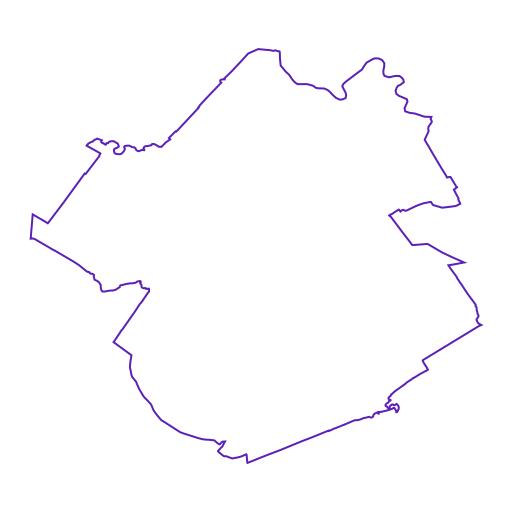 Vanatorii Mici, Giurgiu, Romania
{"feature_id": "2599482B21874534700145", "entity_name": "Vanatorii Mici", "entity_type": "district", "adm_level": 2, "iso_a3": "ROU", "parent_name": "Romania", "parent_adm1": "Giurgiu", "projection": "natural_earth1", "projection_center": [25.553, 44.495], "detail": "fine", "context": "isolated", "style": "outline", "palette": "violet", "viewbox_px": 512, "rotation_deg": 0, "n_neighbors": 0, "source": "geoboundaries", "source_scale": "gbopen_adm2", "svg_char_len": 5980}
<svg xmlns="http://www.w3.org/2000/svg" viewBox="0 0 512 512"><path d="M265.2,455.8L280.7,449.9L301.4,441.4L311.3,437.6L328.3,430.7L328.5,430.6L328.7,431.0L330.7,430.3L333.1,429.0L336.7,427.7L347.3,423.4L353.0,420.9L355.5,420.1L357.1,420.2L358.7,419.9L361.1,419.2L363.4,418.1L365.8,417.7L368.6,416.9L369.2,416.9L371.0,417.6L371.7,417.5L372.9,416.8L373.1,416.4L373.4,415.1L374.1,414.1L375.1,413.4L377.8,412.2L378.3,413.7L378.6,413.7L378.6,413.4L379.3,412.5L379.3,412.0L381.1,411.9L388.8,410.0L392.0,408.8L393.9,407.8L394.3,407.9L394.8,408.6L396.0,410.6L396.3,411.1L396.3,412.1L396.9,412.2L397.4,411.6L398.7,408.8L398.8,407.3L398.5,406.2L397.3,404.5L396.8,404.1L396.3,403.9L395.3,404.8L394.5,405.2L393.9,405.2L393.0,404.5L391.8,404.6L391.4,405.2L390.6,405.4L389.6,406.4L389.7,408.1L389.3,408.3L388.3,408.2L387.7,407.7L386.8,406.5L385.7,406.0L385.5,405.5L385.5,405.0L386.0,404.1L386.6,403.5L387.8,402.9L388.6,402.0L388.9,401.1L390.5,400.5L390.6,400.2L388.8,399.1L388.5,398.5L388.6,397.7L389.1,397.1L390.4,396.1L390.8,395.5L391.0,394.6L391.8,394.1L394.9,391.3L405.9,383.4L406.4,382.7L412.5,378.7L413.1,378.0L414.1,377.7L419.8,374.2L424.3,371.7L426.3,370.8L427.9,369.7L426.5,367.1L424.8,364.6L423.2,361.8L422.8,360.9L422.7,360.4L422.8,360.2L472.2,330.1L479.2,325.9L481.3,325.0L479.8,324.2L478.1,323.1L476.6,320.3L476.5,319.4L478.1,317.1L478.5,316.3L478.5,315.7L478.4,315.3L477.6,314.0L477.4,312.4L476.9,310.9L476.5,307.4L476.4,307.0L475.6,306.2L475.5,305.7L475.7,304.7L467.3,293.4L460.9,283.6L459.9,282.4L458.6,280.2L457.7,279.2L457.5,278.3L456.8,277.7L456.9,277.2L451.4,269.7L448.4,265.3L453.3,264.5L464.1,262.5L452.1,257.2L442.2,252.5L427.5,243.9L414.1,245.0L412.1,244.9L410.0,242.0L402.4,232.2L391.0,217.0L389.2,215.5L390.1,214.7L391.2,214.4L392.9,213.4L394.5,212.3L394.8,212.0L398.8,209.6L399.3,210.0L400.4,211.5L400.7,211.1L402.3,210.1L403.2,209.8L405.2,210.7L405.8,210.8L406.5,210.6L415.4,206.3L418.8,204.9L423.8,203.2L429.9,202.0L431.0,202.0L432.9,204.9L433.5,205.2L442.2,207.7L454.7,206.2L456.4,205.7L460.0,204.0L460.2,203.8L460.2,203.5L458.3,199.6L458.3,199.3L458.6,198.6L455.5,192.8L453.9,189.6L457.1,187.2L456.9,187.0L456.5,186.9L456.1,186.3L450.5,177.0L449.8,176.9L447.0,177.5L445.9,175.3L441.8,168.8L433.1,154.2L427.8,145.0L427.2,144.2L424.7,139.8L424.9,139.1L425.7,137.6L426.7,135.3L427.7,133.3L428.7,130.9L428.5,130.4L428.2,128.8L428.5,126.8L431.6,122.3L431.8,121.8L431.7,121.2L431.4,120.4L430.6,119.0L431.4,116.9L424.4,116.7L415.2,113.6L409.5,112.8L405.2,111.3L404.5,108.2L406.3,104.3L407.5,101.4L406.8,99.2L401.8,97.0L399.2,96.0L396.4,93.9L395.6,90.8L396.6,87.9L397.8,86.0L400.4,84.8L403.8,82.2L403.4,79.8L401.9,77.8L399.5,76.0L395.4,75.9L389.0,77.3L384.5,75.9L383.4,73.6L383.4,70.3L384.2,66.6L384.3,63.2L382.1,60.0L378.7,58.5L375.3,58.3L373.0,59.0L366.6,62.6L364.1,66.1L361.8,69.8L359.7,71.2L346.3,81.3L343.3,84.0L342.3,86.4L345.5,92.5L346.2,95.1L345.6,98.0L342.8,99.3L340.0,99.7L336.0,97.9L332.7,94.9L329.4,91.4L327.4,89.9L324.3,88.5L318.4,88.3L315.8,87.8L313.0,85.7L307.0,84.1L297.4,84.1L295.0,82.4L292.2,79.4L290.5,76.7L288.9,74.5L285.9,71.8L280.7,65.6L280.0,59.1L279.8,52.5L279.5,51.4L277.4,51.1L275.3,50.3L273.4,50.9L270.3,50.2L258.2,49.1L248.2,53.5L240.8,61.6L231.8,71.2L224.5,78.3L224.8,78.8L224.7,79.4L222.2,79.4L221.1,79.7L220.4,80.1L220.2,80.9L220.3,81.7L221.3,82.6L207.8,96.7L199.7,105.4L199.7,105.7L198.2,107.6L198.5,107.9L176.4,131.5L175.9,131.2L175.4,131.5L168.9,138.0L170.2,139.4L165.8,142.4L161.4,146.9L160.2,146.7L158.9,146.8L157.9,146.0L154.3,144.1L152.9,143.9L151.9,144.2L151.4,145.2L147.9,146.0L145.1,146.3L144.4,146.7L143.5,148.2L143.6,148.6L144.2,149.4L144.3,149.9L144.2,150.2L142.1,149.9L141.0,150.3L139.2,151.1L138.3,151.2L136.7,150.4L136.1,149.8L135.3,148.0L134.3,147.4L131.7,147.0L130.9,146.4L129.4,145.7L127.9,145.6L125.9,145.9L125.3,145.8L124.5,146.2L124.2,146.8L124.3,147.6L124.9,148.5L124.6,149.8L123.9,151.1L123.0,152.2L121.9,153.4L120.8,154.0L119.3,154.2L118.0,154.2L115.4,153.7L114.7,153.1L114.2,152.2L113.9,149.9L114.5,148.9L115.5,148.3L116.8,148.0L118.8,146.6L118.5,145.4L117.8,143.7L117.4,143.3L116.3,142.8L114.1,141.4L112.1,141.1L109.2,141.7L108.1,143.1L106.7,143.1L106.3,143.5L106.2,144.0L105.9,144.6L105.2,144.6L104.4,144.2L103.5,143.1L102.9,143.1L101.8,142.7L101.3,142.2L101.2,141.6L101.3,141.1L101.9,140.3L97.1,138.6L96.3,139.2L94.3,139.9L92.8,141.5L91.0,142.1L88.8,143.3L87.8,144.1L87.7,144.5L86.8,145.2L86.6,145.7L100.1,153.2L100.4,153.6L99.5,155.0L99.3,155.6L99.4,156.0L85.7,173.9L84.7,173.5L63.3,202.9L47.9,223.2L47.8,223.3L44.9,221.5L32.7,214.4L30.7,238.7L33.1,238.5L35.0,239.2L54.1,250.4L54.5,250.4L74.0,261.9L79.1,265.2L85.4,270.4L87.4,271.8L89.3,272.1L89.8,273.2L91.1,273.8L92.2,273.7L93.5,274.5L94.1,275.1L93.7,276.3L94.6,279.7L96.5,280.6L98.7,281.9L100.8,285.1L100.7,285.9L100.9,288.4L101.4,290.2L102.5,291.5L104.8,291.5L109.8,290.6L112.9,290.5L115.8,289.7L117.3,288.6L119.7,287.2L119.9,286.1L120.5,285.3L122.8,284.9L126.8,283.8L128.0,283.8L129.9,283.3L132.3,283.3L133.9,283.1L135.7,282.7L137.0,281.6L139.9,281.0L140.5,281.3L140.8,282.1L140.2,282.8L140.2,283.3L140.9,284.1L141.5,285.2L141.5,286.6L141.9,287.5L143.4,288.2L144.3,288.3L145.2,287.9L146.0,288.4L146.2,288.9L147.0,289.0L148.4,288.6L148.9,288.7L149.1,289.9L149.0,291.6L147.7,293.1L141.4,302.4L140.1,303.7L134.5,312.2L122.4,329.4L120.8,331.2L120.1,332.5L113.6,342.2L131.4,355.2L131.2,357.3L130.4,361.4L129.9,367.2L130.0,367.9L130.9,371.6L131.4,374.8L132.1,376.8L136.1,381.8L137.2,384.6L139.3,389.2L143.5,396.3L145.0,398.0L147.6,400.6L150.8,404.1L151.3,404.9L153.3,409.7L154.4,411.6L157.2,415.3L161.2,420.1L164.5,422.1L180.2,432.2L183.1,433.3L197.9,438.0L202.4,439.2L205.6,439.6L209.4,439.8L214.4,440.4L217.5,443.2L219.5,444.4L219.9,444.2L221.9,442.0L222.9,441.6L225.0,441.5L223.4,444.3L222.4,446.5L221.1,447.6L218.0,451.0L218.1,451.5L218.6,452.0L222.5,455.2L224.2,456.3L226.1,456.2L231.8,458.3L232.5,458.4L237.9,457.4L239.8,456.9L241.7,456.3L246.3,454.3L246.6,454.7L247.3,462.8L247.5,462.9L265.2,455.8Z" fill="none" stroke="#5b21b6" stroke-width="2"/></svg>